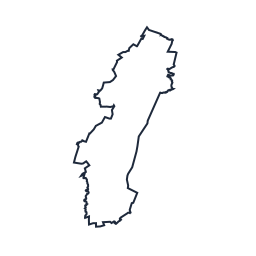 Indé, Durango, Mexico (Robinson projection), rotated 55°
{"feature_id": "50627088B54774799298388", "entity_name": "Indé", "entity_type": "district", "adm_level": 2, "iso_a3": "MEX", "parent_name": "Mexico", "parent_adm1": "Durango", "projection": "robinson", "projection_center": [-105.025, 25.738], "detail": "fine", "context": "isolated", "style": "outline", "palette": "slate", "viewbox_px": 256, "rotation_deg": 55, "n_neighbors": 0, "source": "geoboundaries", "source_scale": "gbopen_adm2", "svg_char_len": 5347}
<svg xmlns="http://www.w3.org/2000/svg" viewBox="0 0 256 256"><g transform="rotate(55 128 128)"><path d="M81.9,41.0L81.2,40.7L80.9,40.7L80.6,41.2L80.3,41.3L80.2,41.4L80.2,41.8L80.0,42.1L80.0,42.6L79.7,42.9L79.5,43.4L79.0,43.7L78.7,44.1L77.5,44.5L77.1,44.3L77.0,44.6L76.7,44.4L76.3,44.7L75.9,44.7L75.2,45.2L75.0,45.4L74.6,45.7L74.5,45.8L74.3,45.8L74.0,45.9L73.9,46.1L73.6,46.3L73.3,46.3L73.2,46.4L73.0,46.5L72.8,46.5L72.5,46.8L72.4,46.8L72.5,46.7L72.4,46.7L72.3,46.8L72.1,46.9L71.9,47.1L71.6,47.1L71.0,47.3L70.7,47.4L70.3,47.4L70.3,47.5L70.2,47.4L70.1,47.5L69.8,47.4L69.6,47.6L69.3,47.5L59.7,54.6L56.4,54.7L57.7,57.9L60.2,63.2L60.3,64.6L60.8,64.6L61.3,63.4L61.3,62.9L61.8,61.8L63.5,64.9L62.8,65.6L62.6,66.1L66.2,73.6L66.2,73.8L62.5,75.6L63.3,81.1L65.2,83.2L64.6,83.8L64.3,86.6L63.0,88.5L62.5,93.9L66.7,92.7L66.5,98.5L67.7,99.1L71.8,106.6L71.3,107.0L71.6,107.2L74.3,107.1L78.6,108.0L80.1,112.8L80.0,116.5L76.9,121.8L78.8,124.0L80.7,126.4L81.5,129.3L80.1,130.7L81.7,131.1L82.7,133.9L81.6,135.4L81.4,135.5L81.2,135.7L81.3,136.0L81.6,135.9L81.9,136.0L82.2,136.4L82.1,136.5L82.5,137.0L82.8,136.9L82.6,137.1L83.1,137.6L83.5,137.4L83.5,137.0L84.0,137.7L84.6,137.6L84.7,137.3L86.7,135.0L87.4,134.6L90.7,136.1L92.1,137.4L93.2,137.2L95.0,138.0L98.4,133.0L100.6,130.5L101.6,128.0L101.7,127.3L101.3,126.6L102.3,126.7L104.1,130.9L107.9,132.7L110.5,136.6L109.7,137.8L105.8,140.6L108.6,146.3L107.8,153.1L109.5,156.8L110.7,162.5L110.3,162.8L115.2,170.3L113.4,171.8L113.0,171.9L112.9,172.1L112.4,172.2L111.9,172.5L112.2,173.0L112.3,173.4L112.3,173.8L112.4,174.1L112.3,174.5L111.9,175.0L111.6,176.3L111.7,176.5L112.0,176.6L111.9,176.9L111.3,177.2L111.2,177.3L111.3,177.8L111.3,178.4L111.4,178.5L111.9,178.7L112.0,179.1L112.9,178.8L113.0,178.4L114.5,179.2L115.0,179.1L121.6,187.8L125.3,192.1L130.5,186.7L131.3,185.2L131.3,181.4L133.0,181.2L136.4,181.1L136.3,186.5L139.8,187.7L139.4,191.5L140.3,193.9L141.1,190.4L143.3,193.2L143.5,193.2L143.6,192.9L143.8,192.8L143.9,192.6L143.8,192.4L143.9,192.2L144.3,191.9L144.5,192.0L144.6,191.9L144.6,191.7L144.7,191.3L145.4,191.2L146.0,191.3L146.8,191.3L147.6,191.9L147.9,192.3L148.5,192.3L149.1,192.4L150.1,193.1L150.3,193.2L151.3,193.1L153.0,194.2L153.3,194.6L153.3,195.2L153.5,195.5L155.0,195.6L155.3,195.8L155.4,196.1L155.4,196.3L155.1,196.8L154.8,198.0L154.9,198.4L155.1,198.5L156.1,198.3L156.5,197.5L156.9,197.0L157.3,197.0L157.5,197.1L158.2,197.2L158.5,197.5L158.8,198.0L158.8,198.4L158.8,198.8L158.5,199.3L159.1,200.5L159.4,201.2L159.4,201.5L159.8,201.8L160.1,202.1L161.0,202.3L161.5,202.5L162.0,202.8L162.2,203.7L162.1,203.9L161.9,203.9L161.7,204.6L161.9,205.2L162.4,205.6L162.7,205.6L163.1,205.6L163.5,205.2L163.8,204.7L164.5,204.4L165.1,204.6L165.7,204.9L166.1,205.4L166.4,205.4L166.8,205.2L166.8,205.3L167.1,205.8L167.2,206.2L167.1,206.3L167.0,206.7L166.9,207.0L166.9,207.5L167.7,208.0L168.2,208.0L168.5,208.0L168.8,208.1L168.9,208.3L169.0,209.2L169.1,209.5L170.0,209.2L170.3,209.3L170.9,209.7L171.1,210.1L171.3,210.4L171.7,210.4L172.2,210.8L172.6,210.6L172.7,210.4L172.9,210.3L173.1,210.3L173.7,210.6L174.0,210.8L174.8,211.4L175.1,212.3L175.1,212.7L175.3,213.3L175.9,213.8L176.6,214.5L177.0,214.7L178.1,210.7L180.6,212.6L184.7,215.3L186.0,211.1L187.6,208.8L190.5,210.8L192.7,207.2L194.0,203.3L190.8,202.5L194.6,196.4L196.4,196.0L196.5,193.1L196.9,193.0L196.9,192.7L197.0,192.6L197.6,192.6L197.8,192.5L198.3,192.6L198.3,193.0L198.4,193.3L198.9,193.0L199.3,193.1L199.6,192.9L199.5,191.8L199.4,190.7L199.1,189.5L199.2,188.9L199.2,188.2L199.3,188.0L199.3,187.9L199.0,187.9L198.9,187.7L199.1,186.5L199.1,186.3L198.9,186.3L198.6,186.7L198.2,187.0L197.5,186.6L197.4,186.1L197.3,185.9L197.2,185.2L197.5,177.0L197.4,176.8L197.4,176.6L197.8,175.9L198.1,175.5L198.9,175.2L199.3,174.7L199.5,174.7L196.1,173.6L191.7,168.0L192.3,166.6L186.4,157.6L177.1,162.6L175.3,160.9L169.6,158.5L166.7,155.8L165.6,154.2L162.6,147.1L152.1,134.5L148.2,130.6L141.1,124.0L138.3,116.9L135.4,109.5L133.3,107.6L117.5,81.4L117.8,81.0L118.4,80.7L119.1,79.8L119.2,79.5L119.1,79.1L119.2,78.7L119.9,77.8L120.3,77.5L120.1,76.9L120.6,76.6L120.5,76.4L120.6,76.2L120.5,75.9L120.8,75.7L120.9,75.1L120.7,74.8L120.5,74.4L120.4,74.2L120.4,73.9L120.2,73.3L120.3,73.2L120.8,72.9L121.0,72.6L120.7,72.4L120.6,72.2L120.8,72.0L120.9,71.9L120.9,71.6L121.3,71.5L121.2,71.2L121.4,71.0L121.4,70.8L121.3,70.6L121.6,70.3L121.5,70.0L121.4,69.8L121.9,69.1L122.0,68.6L122.0,68.4L121.5,68.9L121.0,69.0L120.3,68.8L119.8,68.9L119.6,68.7L119.0,68.6L118.7,68.5L118.3,68.3L117.7,67.8L117.2,67.2L117.0,66.9L117.0,66.6L116.2,65.5L115.9,65.5L115.6,65.6L115.2,65.5L115.0,65.4L115.1,65.2L114.6,64.7L114.2,64.7L113.8,64.7L113.4,64.6L112.8,64.9L112.6,65.1L111.9,64.5L111.2,64.5L110.8,64.9L110.5,64.8L110.3,64.9L110.2,65.3L109.8,65.4L109.5,65.2L109.2,65.3L108.6,66.0L108.4,65.9L108.2,66.0L107.4,64.6L107.9,64.1L109.4,63.3L110.8,61.0L110.8,60.7L110.4,59.9L110.1,59.5L109.8,59.5L109.6,60.0L109.3,60.3L109.0,60.4L108.8,60.5L108.5,60.5L108.2,60.6L107.5,61.3L107.4,61.7L106.7,62.0L106.3,62.3L106.0,62.3L105.8,62.5L105.6,62.7L104.7,62.4L104.3,62.2L103.1,61.8L102.9,61.8L102.2,62.0L102.1,61.6L102.9,60.7L103.1,60.6L103.4,60.7L103.5,60.7L103.6,57.6L103.9,56.1L104.1,55.8L104.2,55.1L104.1,54.6L104.0,54.3L103.8,54.2L103.5,54.1L102.9,54.2L102.6,54.1L102.1,54.1L101.9,53.9L101.8,53.7L94.1,45.0L92.8,45.8L88.3,51.7L84.1,44.0L82.0,41.8L81.9,41.0Z" fill="none" stroke="#1e293b" stroke-width="2"/></g></svg>